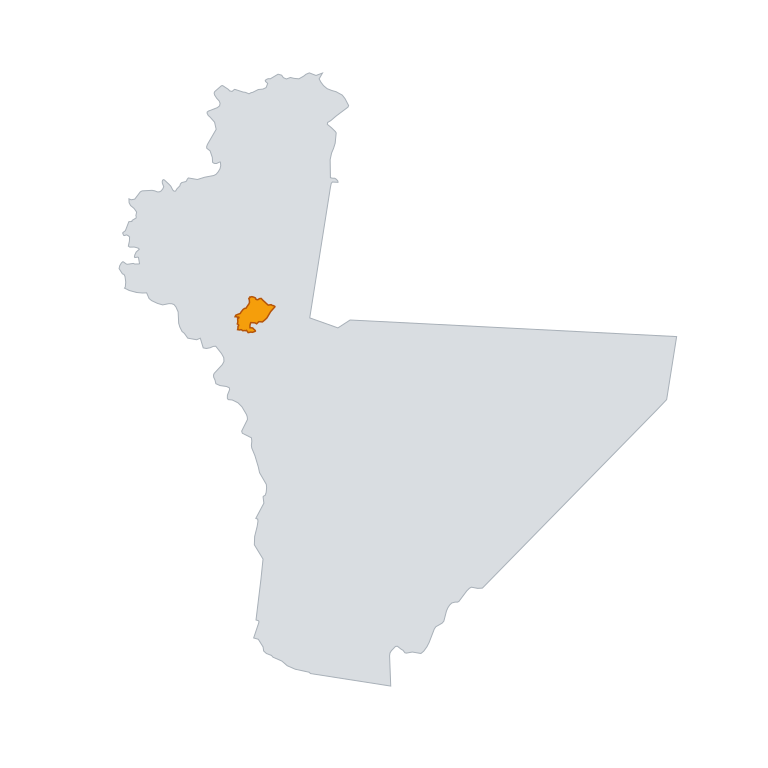 Macina, Ségou, Mali shown in context, rotated 99°
{"feature_id": "8926073B71452714760112", "entity_name": "Macina", "entity_type": "district", "adm_level": 2, "iso_a3": "MLI", "parent_name": "Mali", "parent_adm1": "Ségou", "projection": "mercator", "projection_center": [-5.365, 14.021], "detail": "fine", "context": "in_parent", "style": "filled", "palette": "amber", "viewbox_px": 768, "rotation_deg": 99, "n_neighbors": 0, "source": "geoboundaries", "source_scale": "gbopen_adm2", "svg_char_len": 5065}
<svg xmlns="http://www.w3.org/2000/svg" viewBox="0 0 768 768"><g transform="rotate(99 384 384)"><path d="M118.6,582.5L118.8,579.8L116.4,577.8L116.4,576.9L117.7,568.8L117.6,566.7L118.5,562.7L117.0,560.8L116.6,559.5L112.8,554.2L111.7,549.8L109.7,546.8L105.3,545.9L103.7,548.4L102.6,548.8L101.0,547.0L100.4,545.5L100.4,544.1L94.6,537.1L95.0,533.4L97.2,531.3L98.0,528.1L95.9,524.4L96.2,520.8L95.9,515.8L92.5,511.5L90.3,509.5L88.4,506.4L89.9,499.4L86.5,493.4L92.8,495.8L95.8,493.5L98.7,490.5L101.2,486.4L102.3,481.4L102.8,477.1L105.2,470.4L108.3,467.1L114.5,462.5L116.2,462.9L126.5,472.9L132.3,477.9L134.5,480.6L136.4,480.6L139.3,475.7L142.3,471.5L143.5,470.5L153.8,469.9L159.2,470.7L164.0,471.9L170.8,472.3L188.6,469.2L188.8,467.2L188.5,464.8L189.3,463.0L190.8,461.3L192.0,461.0L192.6,466.6L194.1,467.5L198.3,467.7L330.3,467.7L335.8,438.3L326.1,427.5L291.4,102.4L355.2,102.4L366.2,110.0L570.2,254.9L571.2,259.5L571.0,265.9L572.5,267.8L575.4,269.9L587.0,276.0L587.9,277.2L588.3,279.7L589.7,282.8L592.1,284.6L595.0,285.9L598.4,286.8L608.9,287.8L611.1,289.2L615.6,294.8L618.1,296.0L632.2,299.0L636.8,300.5L641.7,303.0L644.4,305.4L644.3,314.1L646.3,319.8L646.2,321.3L644.0,323.6L643.4,325.3L640.9,329.8L641.4,331.6L646.3,335.0L648.7,336.0L651.5,336.0L681.3,330.1L681.5,411.4L680.4,412.7L679.6,427.0L677.4,435.5L673.6,441.6L671.2,450.9L669.7,452.7L668.6,458.0L666.5,461.1L662.6,462.3L655.8,468.2L655.2,473.0L639.2,470.3L638.1,470.4L637.4,471.0L637.1,473.5L595.9,475.0L575.8,476.1L563.1,486.9L554.8,487.9L544.6,487.0L539.3,487.0L537.2,487.6L536.8,489.6L520.5,484.0L514.3,485.8L513.4,485.2L512.6,484.0L509.6,483.4L504.9,483.7L501.6,484.5L491.1,493.0L485.5,495.2L475.1,500.2L467.9,504.6L465.3,505.4L461.2,505.6L457.9,506.5L454.8,516.2L452.8,517.2L440.4,513.3L437.9,513.9L435.7,515.0L428.8,520.7L425.4,525.3L423.5,531.4L423.8,535.4L422.6,536.5L419.5,536.9L413.7,535.6L411.9,536.2L411.1,539.2L411.2,545.7L410.0,550.1L406.6,551.5L403.9,553.3L401.8,553.8L400.1,553.4L390.1,546.7L386.7,545.6L383.0,546.4L379.4,549.2L373.0,556.1L373.6,558.6L375.4,561.4L376.7,565.0L376.6,568.2L367.5,572.6L369.6,576.0L369.4,585.0L365.2,589.1L363.7,591.7L359.6,594.6L356.1,596.3L345.0,598.6L340.5,601.5L338.4,603.8L337.9,606.3L338.3,609.1L340.5,615.0L339.8,620.4L338.0,626.6L336.3,629.4L331.1,632.7L331.9,636.7L332.3,642.6L331.5,650.2L329.9,655.3L328.7,654.7L323.8,655.0L318.4,656.6L316.5,657.9L316.1,659.6L311.5,663.7L308.5,663.5L305.7,662.4L304.2,661.3L304.1,660.6L305.8,657.3L305.9,656.2L304.1,650.4L304.5,649.0L303.7,644.6L303.4,644.3L297.4,646.3L297.2,647.1L298.1,649.9L297.5,650.4L295.4,650.3L292.4,649.4L289.2,646.8L288.4,647.6L288.0,649.7L287.8,652.1L288.6,656.5L287.8,658.1L282.7,657.8L278.5,658.3L277.5,659.9L277.0,661.6L278.0,663.6L277.9,664.4L276.1,665.6L275.3,665.6L273.0,663.4L263.6,661.4L262.9,658.4L261.8,658.4L258.8,654.8L257.5,654.9L256.5,655.4L252.9,655.2L249.7,658.3L247.4,662.2L244.9,664.1L241.0,664.9L241.6,662.5L240.4,659.1L232.4,654.8L231.1,653.1L229.0,643.4L229.1,640.6L229.7,638.0L229.4,636.1L228.5,634.6L226.1,633.1L223.6,632.4L220.4,634.3L218.9,634.7L217.4,634.6L216.7,633.9L216.8,632.9L220.3,627.7L222.0,625.5L225.4,623.0L226.3,621.7L226.3,620.7L226.0,620.0L223.7,619.1L220.2,616.6L218.3,616.4L216.7,615.3L215.1,611.5L214.3,610.8L212.6,610.4L211.1,609.5L211.2,600.3L207.8,593.4L204.7,584.7L203.1,582.6L200.3,580.9L196.9,579.6L193.9,579.4L190.4,580.3L190.5,581.1L192.4,583.9L192.7,585.5L192.4,587.0L191.8,588.0L187.1,589.0L181.0,592.2L178.9,595.9L177.5,596.3L175.1,595.9L158.7,589.6L151.9,592.3L147.4,597.8L146.3,599.6L144.2,601.1L143.1,601.2L141.9,600.1L137.1,591.8L135.0,589.9L132.4,589.8L130.2,591.1L128.0,593.9L125.1,596.5L123.2,597.3L121.6,596.9L114.9,591.3L114.5,590.1L117.5,583.5L118.6,582.5Z" fill="#d9dde1" stroke="#a8b0b8" stroke-width="1"/><path d="M352.2,519.6L351.9,519.3L351.5,519.4L351.1,519.8L350.8,520.2L350.2,521.2L349.7,521.9L349.2,522.4L349.2,523.5L349.3,524.0L349.3,524.4L349.4,525.2L346.9,525.6L344.2,525.2L343.8,521.2L344.5,519.2L342.0,517.4L341.7,513.8L339.2,511.6L337.1,510.0L330.3,507.3L324.8,503.8L324.4,504.0L323.9,505.4L323.9,506.6L323.3,507.9L324.2,510.7L322.8,512.9L322.0,514.0L320.6,516.2L320.1,516.9L318.7,518.7L319.2,520.5L319.8,521.0L320.4,521.7L320.6,522.5L320.5,523.1L320.4,523.6L320.1,524.0L319.4,524.2L319.1,524.5L319.0,524.8L318.6,526.2L318.4,528.2L319.0,529.6L319.0,530.0L319.4,530.0L319.6,529.9L319.9,530.2L320.2,530.5L320.3,530.7L320.6,530.8L320.9,530.9L321.2,530.7L321.4,530.5L321.5,530.4L322.0,530.2L324.5,529.6L326.2,530.0L327.3,530.6L329.7,531.7L330.8,532.2L331.2,533.6L332.5,534.9L335.4,536.5L336.8,537.0L338.2,539.5L339.3,541.2L340.8,541.6L340.6,539.9L341.1,539.3L341.1,539.0L341.0,538.6L340.7,538.3L340.7,537.9L340.9,537.7L341.2,537.7L341.5,537.8L342.5,538.8L345.4,538.1L347.0,538.2L347.6,538.3L348.2,537.0L348.6,536.8L349.2,536.7L349.6,537.1L350.2,537.2L350.7,537.2L351.4,536.9L353.2,537.1L353.2,534.9L352.7,533.8L352.7,533.3L353.5,531.8L353.0,530.1L353.0,529.0L352.5,528.2L354.5,526.2L354.0,524.7L353.6,524.0L353.5,522.5L353.5,521.9L353.1,521.2L352.2,519.6Z" fill="#f59e0b" stroke="#b45309" stroke-width="1.5"/></g></svg>